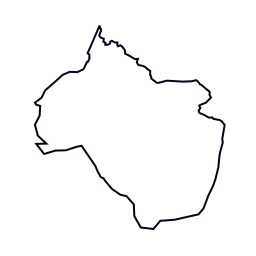 Enugu East, Enugu, Nigeria, rotated 191°
{"feature_id": "59680162B73078519517404", "entity_name": "Enugu East", "entity_type": "district", "adm_level": 2, "iso_a3": "NGA", "parent_name": "Nigeria", "parent_adm1": "Enugu", "projection": "robinson", "projection_center": [7.537, 6.533], "detail": "fine", "context": "isolated", "style": "outline", "palette": "ink", "viewbox_px": 256, "rotation_deg": 191, "n_neighbors": 0, "source": "geoboundaries", "source_scale": "gbopen_adm2", "svg_char_len": 1795}
<svg xmlns="http://www.w3.org/2000/svg" viewBox="0 0 256 256"><g transform="rotate(191 128 128)"><path d="M172.9,218.2L173.7,220.4L174.6,220.5L175.4,223.2L178.1,210.9L180.6,199.5L181.7,194.6L181.9,193.7L179.9,192.6L179.6,191.4L179.7,190.5L179.1,189.8L179.1,188.9L179.4,188.0L179.7,185.7L180.8,185.1L182.6,178.2L183.1,177.0L186.9,174.3L188.4,173.2L195.9,172.0L197.4,171.0L199.2,169.8L202.2,167.8L207.9,160.1L216.5,149.1L218.6,141.4L224.2,135.0L222.6,133.4L218.4,132.9L217.1,123.3L220.0,113.4L218.0,109.5L215.1,103.3L205.2,97.1L215.0,94.9L205.4,86.5L194.9,92.0L184.6,94.3L175.2,99.6L170.2,101.7L152.7,84.4L149.7,79.8L145.5,74.8L142.3,73.8L140.3,71.7L131.8,64.9L122.6,61.0L116.5,60.8L107.7,54.1L105.0,42.8L96.5,32.8L83.8,33.7L78.6,43.1L74.5,44.1L64.4,47.0L42.3,56.7L38.5,63.5L36.3,76.8L33.4,87.5L32.4,94.7L31.8,106.7L32.9,117.9L32.9,122.5L32.2,131.9L33.4,135.3L33.7,149.4L37.3,152.5L39.5,153.3L46.0,153.3L47.2,154.4L50.8,153.6L54.5,155.0L57.7,155.9L60.0,156.1L61.3,157.1L62.0,158.8L61.1,160.4L60.8,161.6L61.9,162.7L62.3,163.7L59.8,165.6L58.7,166.1L57.6,167.1L56.6,167.4L52.4,173.7L54.4,176.3L54.4,178.3L55.6,179.7L58.7,181.2L63.4,183.9L65.8,184.8L68.1,186.9L70.0,187.9L71.9,187.2L74.3,186.1L76.6,185.5L83.0,184.0L86.7,183.5L98.8,181.9L107.1,178.0L108.4,177.9L114.4,180.9L115.2,183.1L116.4,184.5L117.1,188.3L119.1,189.0L123.3,191.4L124.5,191.7L130.0,191.9L131.9,194.3L131.5,197.7L134.1,196.9L141.7,199.6L144.9,200.3L146.0,203.9L148.8,206.4L151.4,207.8L153.4,206.3L154.2,207.1L154.8,209.9L157.4,209.4L159.9,210.4L160.9,210.4L161.9,209.3L161.7,208.0L162.3,207.0L163.4,206.0L165.5,205.5L166.0,205.3L166.1,205.8L166.4,207.2L167.0,207.2L167.6,207.9L168.6,208.0L168.8,210.9L169.4,211.0L171.9,211.6L173.7,212.8L173.7,214.7L173.4,216.7L172.9,218.2Z" fill="none" stroke="#020617" stroke-width="2"/></g></svg>